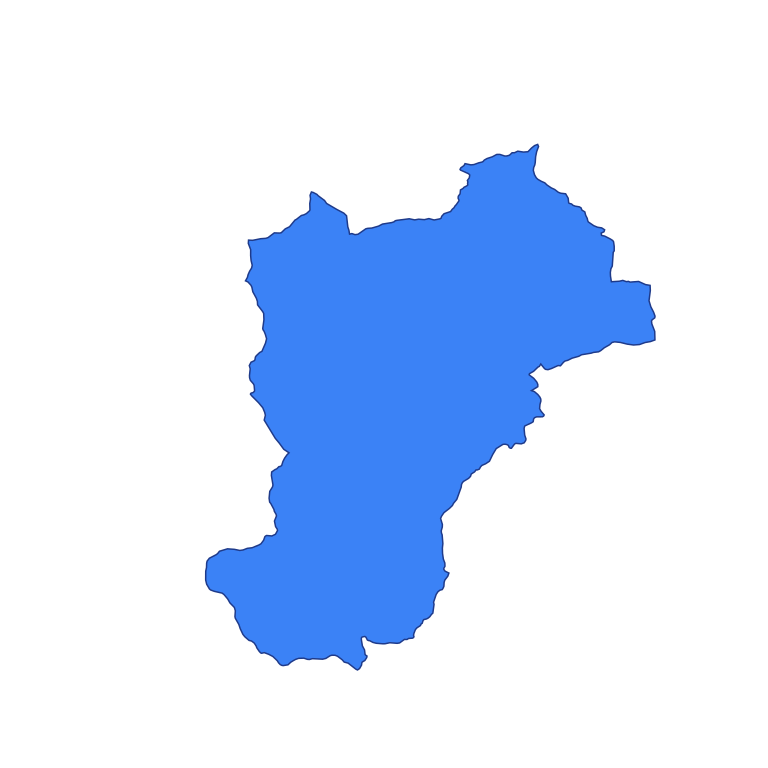 Cusco, Cusco, Peru, rotated 314°
{"feature_id": "86281439B18210308777345", "entity_name": "Cusco", "entity_type": "district", "adm_level": 2, "iso_a3": "PER", "parent_name": "Peru", "parent_adm1": "Cusco", "projection": "natural_earth1", "projection_center": [-71.976, -13.539], "detail": "fine", "context": "isolated", "style": "filled", "palette": "blue", "viewbox_px": 768, "rotation_deg": 314, "n_neighbors": 0, "source": "geoboundaries", "source_scale": "gbopen_adm2", "svg_char_len": 6171}
<svg xmlns="http://www.w3.org/2000/svg" viewBox="0 0 768 768"><g transform="rotate(314 384 384)"><path d="M159.9,563.6L162.3,564.1L166.2,563.1L168.1,561.7L168.9,561.5L171.8,562.3L175.2,561.6L176.3,560.9L176.6,560.3L176.2,559.6L176.3,558.3L179.2,554.7L180.6,550.4L184.3,545.4L185.5,544.2L186.8,544.0L189.1,545.6L189.3,547.0L188.3,549.8L188.6,550.9L189.4,552.0L190.4,555.5L192.1,558.5L196.2,563.5L197.9,565.2L201.9,567.9L206.6,573.6L208.6,575.1L214.4,576.1L216.2,578.0L218.1,578.5L220.9,581.0L222.1,581.4L223.0,581.1L223.8,579.8L225.3,578.8L228.9,577.3L230.4,577.1L231.6,577.1L235.5,578.0L237.2,577.4L238.4,577.7L241.0,576.4L242.2,576.3L244.4,577.7L246.0,578.3L248.3,578.6L251.3,578.2L253.1,578.3L260.2,573.1L261.5,571.2L268.9,567.7L272.1,567.1L274.6,567.5L276.6,568.7L278.6,568.2L280.1,567.6L283.0,565.1L285.1,564.0L290.1,563.4L293.1,562.0L291.8,558.0L292.2,555.8L292.9,555.1L295.2,554.5L295.8,553.9L297.5,552.1L299.3,548.3L302.8,543.8L306.5,540.0L310.1,537.2L315.9,530.6L316.7,528.9L318.1,527.2L321.6,525.3L323.5,523.6L326.6,518.1L329.0,517.2L333.1,516.5L340.0,517.5L344.2,517.6L346.4,516.9L351.6,516.5L363.4,511.2L365.5,509.6L367.5,508.9L369.3,508.9L374.9,510.4L377.6,510.4L379.9,509.3L383.7,510.2L386.2,509.9L387.0,510.8L389.0,511.7L391.6,511.0L393.5,511.0L397.2,512.5L401.7,513.5L408.7,511.2L415.5,509.6L423.2,511.5L424.8,512.9L425.9,514.7L426.2,516.1L425.3,518.2L425.6,519.5L426.3,520.3L431.5,519.6L432.9,520.1L436.3,524.3L439.1,525.7L441.9,525.1L443.1,524.3L445.0,520.7L449.3,515.7L451.1,514.6L451.9,514.5L458.6,517.1L460.5,517.5L462.8,515.9L464.3,515.7L466.4,516.6L470.4,520.7L471.8,521.1L473.0,520.7L473.5,516.0L474.3,513.1L477.6,510.4L480.7,508.7L482.1,507.2L482.9,505.1L483.3,501.9L483.0,497.5L481.7,494.7L488.9,496.5L490.4,495.1L491.1,493.7L491.6,492.3L492.1,487.7L491.4,482.2L491.8,481.7L492.6,481.5L497.1,482.8L503.1,483.0L504.6,483.5L507.3,482.9L506.6,488.5L506.7,489.9L508.2,492.0L511.4,493.7L518.2,496.4L519.7,498.3L524.4,498.0L526.4,498.3L528.6,499.7L533.3,501.4L539.3,504.9L542.3,505.8L550.1,511.6L552.3,512.8L556.2,516.0L558.5,516.7L563.2,517.3L568.9,519.0L572.4,519.2L574.6,520.7L578.0,525.0L581.6,531.2L585.4,536.4L589.9,540.4L595.2,543.0L599.6,546.2L603.9,548.3L609.9,542.2L613.3,534.9L615.1,532.7L616.4,532.3L619.7,532.8L621.1,531.8L623.0,527.9L624.9,522.3L628.0,516.8L636.3,510.6L639.8,506.9L637.2,503.1L634.6,495.9L628.2,490.2L627.6,488.5L626.0,487.3L624.4,483.8L621.4,481.9L615.5,476.5L619.0,471.9L621.5,469.3L624.5,467.2L627.4,466.3L638.0,457.4L639.7,457.1L643.0,453.9L645.8,450.3L646.1,448.8L645.5,445.9L643.7,440.0L642.0,437.3L643.4,435.4L646.3,436.5L648.2,435.6L647.5,432.1L645.1,428.7L643.6,424.9L642.5,418.4L643.0,417.1L644.3,415.2L645.5,411.8L647.3,408.9L646.6,405.6L647.6,403.3L647.1,401.4L644.7,397.9L643.8,395.7L643.8,393.9L642.7,391.9L642.6,391.0L645.6,387.4L647.0,382.5L644.0,378.6L643.0,376.2L642.5,371.6L641.3,368.2L640.4,363.2L640.4,359.9L639.1,356.4L638.1,352.4L638.1,350.3L639.1,346.9L641.4,343.0L643.7,341.3L646.3,340.3L648.3,339.0L652.8,335.2L657.2,332.4L662.2,330.2L663.1,328.1L660.1,326.7L658.6,326.5L656.2,326.2L651.1,326.2L647.7,323.2L644.4,318.5L641.0,317.2L639.3,315.5L635.7,315.3L633.3,313.9L631.9,312.5L629.6,307.8L627.4,305.6L622.7,304.1L617.8,301.5L614.8,300.6L612.8,300.7L611.7,300.3L608.9,298.5L604.4,296.3L602.0,294.3L598.8,289.2L596.7,289.8L592.9,289.1L591.2,289.6L591.0,290.4L594.0,298.8L593.9,300.5L591.6,302.1L588.3,302.6L587.5,304.1L586.5,304.6L585.4,306.0L583.9,305.9L581.1,304.9L579.6,305.0L576.7,304.2L573.7,306.6L570.7,307.0L570.0,307.5L569.1,308.3L568.3,310.2L567.7,310.7L563.3,311.4L561.4,311.4L559.5,311.9L557.1,311.7L554.3,312.1L548.2,308.9L544.8,309.0L542.8,309.9L541.5,309.4L536.8,306.1L534.2,301.4L530.3,298.9L526.6,294.4L523.4,292.1L520.4,287.4L510.7,279.6L509.3,278.7L507.5,278.5L505.3,277.3L498.0,271.8L493.8,270.4L487.7,266.9L484.6,264.1L483.0,263.1L473.7,261.3L471.3,259.4L469.9,256.4L467.9,255.1L470.2,252.0L471.9,248.8L479.0,240.2L479.0,236.4L476.8,228.8L474.0,217.3L474.7,213.8L473.7,205.8L473.8,204.0L472.6,200.0L471.7,198.4L468.4,199.7L466.1,202.6L462.3,205.2L457.8,209.8L456.9,210.1L452.7,209.8L450.1,208.9L447.8,207.5L441.5,206.6L440.2,206.1L431.5,206.8L427.0,205.2L421.4,205.0L420.0,204.0L416.5,200.1L408.8,198.9L406.7,197.8L402.9,194.4L396.1,189.7L393.4,186.6L390.9,188.7L388.0,194.8L383.7,198.9L380.5,202.6L377.9,206.7L375.4,208.2L371.7,209.0L368.2,210.3L365.8,211.7L362.0,212.7L362.9,215.3L362.6,219.8L361.8,221.8L359.2,225.6L357.0,232.6L355.5,235.5L353.1,238.1L351.8,246.4L351.2,248.4L346.8,253.0L339.7,258.2L339.0,259.3L338.6,261.2L337.3,264.1L335.0,268.1L331.0,270.4L322.7,273.5L320.3,272.7L315.6,272.5L314.0,272.8L311.7,274.4L310.3,274.4L307.3,273.2L303.7,274.3L302.0,277.2L296.7,281.3L295.1,283.0L293.8,285.3L293.4,289.9L292.8,291.5L289.6,295.2L288.7,295.9L286.7,295.7L285.3,294.8L284.5,294.7L283.9,295.0L283.6,297.2L283.4,306.8L282.7,313.3L280.7,317.9L279.1,320.4L274.8,322.9L269.4,343.5L268.7,349.8L267.4,357.3L268.5,363.5L265.8,363.4L261.7,364.0L258.1,365.1L254.3,367.0L252.7,366.7L251.5,365.8L248.4,365.8L246.9,365.1L242.7,364.3L240.0,366.5L234.2,374.3L232.5,375.3L227.4,376.4L222.0,380.7L219.6,383.8L219.4,385.5L217.3,392.0L216.3,393.4L215.3,396.9L214.4,398.3L209.3,400.4L206.1,405.1L205.4,408.1L204.6,409.2L200.5,410.3L196.8,408.9L193.5,404.8L192.3,404.4L191.3,404.4L188.1,405.9L183.6,406.5L181.2,405.8L174.5,402.8L170.8,399.8L166.7,397.9L164.1,395.9L161.2,391.3L156.7,385.9L149.4,381.8L146.6,382.1L144.8,381.9L137.4,379.4L133.7,379.8L131.9,380.9L128.7,383.8L125.5,385.8L119.1,391.9L116.8,395.5L115.3,400.8L115.4,402.4L117.0,406.0L121.1,412.8L121.4,415.2L120.8,420.9L119.5,425.3L119.3,431.6L117.6,434.6L113.1,438.4L112.2,439.8L110.2,446.6L108.1,450.6L105.9,456.4L105.5,459.4L105.8,465.0L107.1,467.3L107.5,470.7L106.7,474.1L105.9,475.7L105.0,480.0L104.9,482.1L105.3,483.0L107.6,484.5L109.5,488.9L110.8,493.4L110.8,499.5L110.2,501.8L110.1,504.3L110.6,505.9L111.4,507.1L115.3,510.0L119.1,510.2L121.9,510.9L124.5,511.7L127.4,513.2L131.1,516.8L132.7,520.1L134.0,521.7L136.7,523.3L143.4,531.0L146.2,532.8L151.1,534.0L152.7,534.9L154.9,537.3L155.9,539.7L156.6,545.7L156.3,548.5L158.3,552.1L159.3,561.8L159.9,563.6Z" fill="#3b82f6" stroke="#1e3a8a" stroke-width="1.5"/></g></svg>